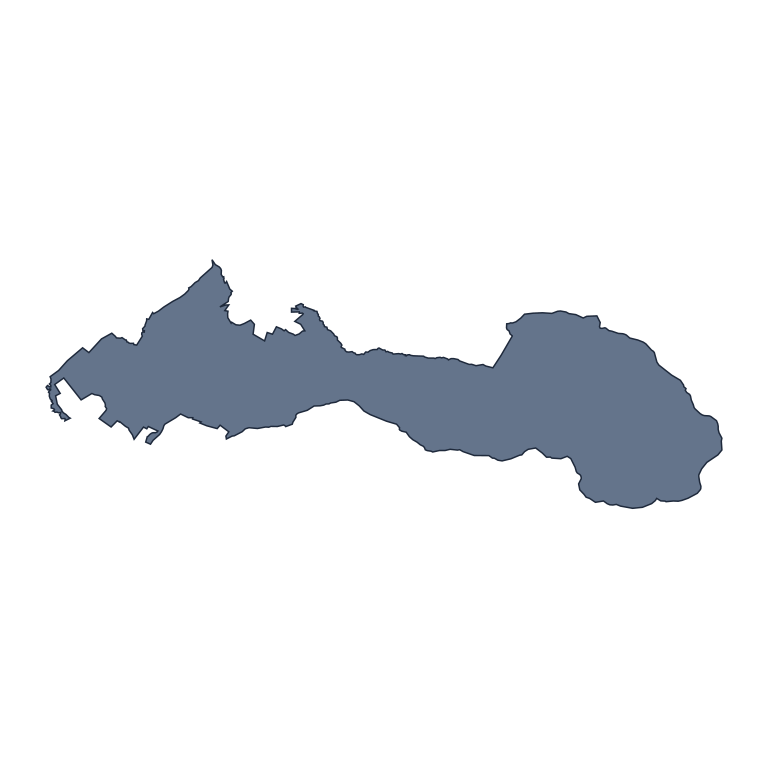 outline of Rusii-Munti, Mures, Romania
{"feature_id": "2599482B16309524986841", "entity_name": "Rusii-Munti", "entity_type": "district", "adm_level": 2, "iso_a3": "ROU", "parent_name": "Romania", "parent_adm1": "Mures", "projection": "robinson", "projection_center": [24.869, 46.914], "detail": "fine", "context": "isolated", "style": "filled", "palette": "slate", "viewbox_px": 768, "rotation_deg": 0, "n_neighbors": 0, "source": "geoboundaries", "source_scale": "gbopen_adm2", "svg_char_len": 6071}
<svg xmlns="http://www.w3.org/2000/svg" viewBox="0 0 768 768"><path d="M700.4,489.6L700.8,488.4L700.9,486.2L699.7,482.4L698.8,476.7L698.8,474.9L701.7,468.8L706.8,462.4L717.9,454.9L721.9,450.0L721.3,441.1L721.9,438.2L719.0,432.7L718.2,429.4L718.2,426.2L717.7,423.7L716.5,420.7L710.8,416.5L709.2,415.9L704.3,415.6L702.4,415.0L700.1,413.6L695.0,408.8L694.1,407.6L693.3,404.7L691.3,400.1L690.5,396.0L689.6,394.4L686.7,392.5L685.3,390.3L686.0,388.6L683.8,386.7L683.6,385.1L680.4,380.3L671.6,375.1L658.9,365.1L656.9,362.1L654.3,352.5L653.2,351.2L651.5,350.1L645.9,343.9L643.2,342.1L637.8,340.0L629.7,338.0L626.3,335.0L624.5,334.2L622.7,333.7L618.3,333.4L611.9,331.2L608.9,330.6L605.8,328.1L604.8,327.8L602.0,328.4L600.2,328.2L599.5,326.8L600.2,322.5L596.9,315.9L586.8,316.3L583.2,318.0L575.8,314.6L568.9,313.6L566.0,312.0L560.4,311.0L557.5,311.3L551.9,313.4L542.5,312.8L533.0,313.2L524.5,314.2L520.8,318.1L516.0,321.8L512.5,323.0L510.4,322.9L509.2,323.5L506.7,323.8L506.5,327.9L507.1,329.5L509.1,331.0L510.1,334.0L512.2,335.8L512.2,336.2L501.1,355.3L492.9,367.8L485.7,366.0L483.0,364.5L476.0,365.7L471.7,364.3L469.1,364.4L459.6,360.9L458.0,359.5L453.6,358.6L451.1,358.6L448.4,359.9L447.7,359.0L443.5,357.4L441.5,357.9L440.1,357.3L436.8,357.7L435.1,358.6L434.0,358.1L428.2,358.1L424.4,356.9L423.7,356.2L413.4,355.8L410.5,355.3L409.6,354.7L407.8,354.8L406.2,355.9L405.5,355.7L405.9,355.2L405.8,354.8L403.5,354.6L402.0,353.5L400.6,354.0L398.6,353.6L393.1,354.1L392.3,353.0L388.9,352.2L387.7,351.4L386.0,351.8L384.9,350.0L382.7,350.0L379.0,348.0L378.0,348.4L377.2,349.5L373.2,349.6L370.1,350.6L368.0,352.2L365.7,352.0L363.7,354.4L361.8,353.9L359.3,354.7L356.7,354.7L355.5,354.0L355.1,353.1L353.6,352.8L352.1,351.6L348.8,352.1L346.5,351.8L345.1,350.5L344.9,349.2L341.3,347.4L341.1,346.8L341.9,345.1L340.8,343.3L337.4,340.0L337.4,337.9L336.9,336.8L334.5,335.7L333.7,334.0L330.6,330.8L327.5,329.6L326.9,327.2L324.4,326.6L324.3,325.3L323.2,324.1L323.2,322.5L322.5,321.2L319.9,320.6L319.5,319.4L320.0,318.4L319.3,316.9L318.3,316.1L318.3,314.3L317.5,313.6L317.0,311.4L314.6,311.0L313.8,310.7L314.0,310.3L305.6,307.3L305.4,306.9L303.5,307.1L303.1,306.0L303.3,304.7L301.0,303.6L295.7,306.1L296.6,307.6L296.2,307.8L298.0,309.1L297.4,309.4L294.7,308.5L291.5,308.3L291.5,312.1L299.3,311.9L299.2,313.3L302.4,313.1L303.2,313.7L302.8,314.5L294.8,321.4L300.7,324.3L304.8,330.8L302.5,331.1L299.2,333.9L295.0,335.5L293.4,334.2L288.6,332.4L285.6,329.6L284.1,330.8L281.5,328.9L276.4,326.8L272.5,334.2L267.2,332.5L264.6,340.9L253.1,334.2L254.4,324.3L250.7,320.1L244.3,323.5L240.0,325.2L235.9,324.8L231.6,322.2L231.1,323.1L227.8,317.7L227.6,313.9L228.0,311.2L224.8,310.6L228.8,304.9L225.8,305.0L219.9,306.9L228.2,301.5L228.6,298.3L229.1,296.9L231.0,294.7L231.3,293.9L230.9,292.6L232.3,291.2L229.8,289.1L226.6,281.5L225.6,283.0L224.6,282.9L223.5,279.2L224.0,278.8L223.7,276.7L222.7,276.9L221.2,274.4L221.4,270.4L220.7,268.6L219.3,267.0L215.3,264.6L212.0,259.7L212.9,265.0L212.1,267.4L200.2,278.0L198.5,280.6L195.1,282.6L191.0,286.7L188.7,287.9L189.0,289.1L188.3,290.5L184.7,294.1L180.0,297.5L172.7,301.4L163.7,307.1L158.5,311.1L153.7,313.7L152.6,312.5L148.8,319.3L146.7,318.9L146.6,320.9L145.0,325.2L145.0,326.1L142.6,328.7L142.9,330.8L144.4,330.7L144.3,332.1L142.9,332.0L141.8,332.9L141.7,334.3L142.3,336.2L136.7,345.1L133.8,344.6L133.5,343.3L130.3,343.4L128.8,342.9L127.8,342.0L127.0,342.0L126.3,340.0L125.5,340.0L122.0,337.6L120.4,338.2L116.4,337.9L115.5,336.5L111.8,333.2L101.5,338.9L88.9,352.6L82.6,347.8L67.4,360.7L58.6,370.5L50.1,376.7L51.0,379.0L50.9,382.6L49.4,384.0L50.8,385.2L50.8,386.9L49.8,386.9L47.5,385.5L46.1,387.2L47.6,389.7L48.7,389.8L49.9,388.8L50.7,389.1L50.6,390.0L49.0,391.3L48.5,392.3L49.5,393.2L49.3,396.1L50.2,398.9L52.0,400.5L52.1,400.8L51.3,401.1L53.1,403.7L51.2,405.1L51.2,408.0L53.8,408.7L54.5,409.8L52.9,411.0L54.1,411.3L55.0,412.3L56.9,412.1L58.7,412.8L60.7,412.5L60.4,414.0L59.5,414.9L60.6,416.6L60.9,417.8L61.7,418.7L64.8,418.5L65.2,419.2L64.9,420.8L70.2,418.2L68.8,417.4L66.0,414.5L63.4,412.8L62.1,411.2L61.6,409.7L57.3,404.2L55.6,395.8L60.2,393.4L54.7,384.5L63.8,378.0L81.1,399.9L91.9,393.5L94.6,394.7L99.3,395.5L101.8,397.1L102.4,399.0L104.9,402.9L105.4,405.0L105.2,406.5L106.6,408.5L106.3,409.9L105.6,410.9L99.1,418.5L111.1,427.0L117.2,420.8L119.5,422.1L119.8,421.7L125.4,426.3L128.5,428.1L129.1,430.1L132.4,434.9L134.1,439.3L143.5,427.1L146.8,428.8L148.3,426.5L157.9,431.0L157.4,431.8L155.6,432.7L153.0,432.7L151.5,433.2L149.6,434.6L148.1,436.4L147.3,436.6L145.7,442.1L150.5,444.2L153.1,440.3L159.6,434.5L161.5,431.7L163.0,428.7L163.9,425.6L165.0,424.1L175.7,417.7L180.6,414.0L188.2,417.7L192.8,417.7L192.5,419.0L201.1,421.9L199.8,423.0L206.8,425.8L217.2,428.6L220.1,425.2L228.8,431.8L225.9,436.1L226.4,439.0L232.1,436.1L234.3,435.8L242.2,431.7L245.3,428.8L249.0,427.7L257.5,428.5L265.6,427.0L268.8,427.2L270.9,426.4L277.4,426.5L283.6,425.0L284.9,425.6L285.7,426.6L292.3,424.2L292.9,422.2L295.9,417.4L295.8,415.3L296.9,413.9L298.5,412.9L307.3,410.3L314.1,406.0L320.1,405.8L323.8,405.1L326.0,404.0L329.0,403.9L330.6,403.0L335.9,402.2L339.8,400.3L347.8,400.0L354.0,401.7L359.3,405.9L363.9,411.0L370.2,414.6L386.5,421.2L396.6,424.2L399.6,427.8L399.3,429.2L399.7,430.0L401.8,431.2L406.2,432.2L409.4,436.7L412.8,439.7L417.1,442.2L420.3,444.8L423.2,446.2L424.4,447.5L425.3,449.8L427.2,450.6L431.1,451.2L432.7,452.0L439.5,450.5L445.1,450.5L450.1,449.3L457.5,450.1L459.7,449.7L463.0,451.6L474.2,455.5L488.9,455.6L492.4,458.1L494.3,458.2L497.9,460.2L502.1,460.9L510.9,458.8L519.6,455.2L521.8,454.9L524.6,451.6L528.2,449.3L535.7,448.0L542.4,453.1L546.5,457.2L550.4,457.1L551.8,458.1L560.9,458.7L567.2,456.3L570.8,458.6L575.1,467.2L576.3,471.5L577.3,473.0L579.9,474.6L580.7,475.7L581.2,477.2L581.2,478.8L578.6,483.9L579.8,489.9L584.0,494.3L586.1,497.2L589.6,498.4L595.4,502.3L603.5,501.0L607.2,503.7L609.8,504.8L612.9,505.0L616.3,504.4L620.5,506.1L632.6,508.3L642.5,507.3L651.7,503.6L655.3,500.6L656.7,498.4L660.8,500.9L665.0,501.1L666.0,501.7L673.3,501.0L678.3,501.2L682.0,500.4L688.1,498.2L697.3,493.3L700.4,489.6Z" fill="#64748b" stroke="#1e293b" stroke-width="1.5"/></svg>